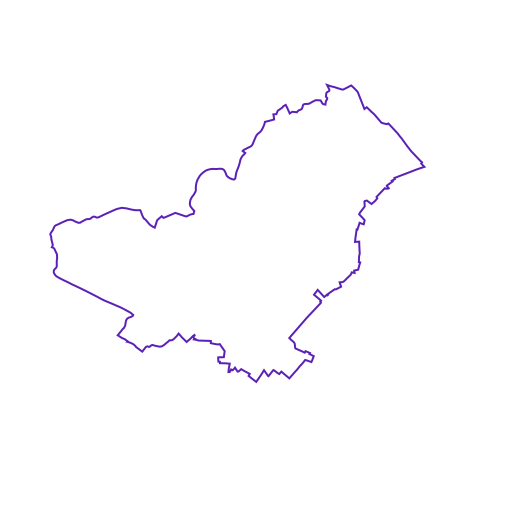 An Thi, Hưng Yên, Vietnam, rotated 245°
{"feature_id": "81297802B29202402001629", "entity_name": "An Thi", "entity_type": "district", "adm_level": 2, "iso_a3": "VNM", "parent_name": "Vietnam", "parent_adm1": "Hưng Yên", "projection": "orthographic", "projection_center": [106.109, 20.813], "detail": "fine", "context": "isolated", "style": "outline", "palette": "violet", "viewbox_px": 512, "rotation_deg": 245, "n_neighbors": 0, "source": "geoboundaries", "source_scale": "gbopen_adm2", "svg_char_len": 6114}
<svg xmlns="http://www.w3.org/2000/svg" viewBox="0 0 512 512"><g transform="rotate(245 256 256)"><path d="M350.2,74.7L349.5,75.4L348.9,75.9L347.8,76.3L342.0,76.3L340.8,76.0L338.0,74.8L335.7,73.3L331.1,71.2L330.3,70.6L329.8,69.9L329.5,69.1L329.2,68.1L328.7,67.2L327.9,66.4L326.9,65.9L325.9,65.7L324.9,65.8L324.0,65.9L322.7,66.2L321.6,66.8L320.2,67.7L318.7,68.8L314.9,71.8L312.5,73.8L307.3,77.9L301.7,82.6L293.2,89.4L285.7,95.2L282.3,97.7L281.0,98.8L279.6,99.9L272.0,106.8L269.8,108.7L266.6,111.6L258.4,117.8L256.9,118.7L254.4,119.8L253.7,118.8L253.6,117.1L253.9,114.4L253.6,112.6L252.8,111.4L252.0,110.6L248.3,108.1L247.0,106.5L246.5,105.7L246.4,105.0L242.6,97.2L238.4,99.8L236.2,101.8L233.0,103.6L232.7,103.0L231.7,104.2L230.6,105.3L229.2,106.6L227.6,107.7L225.6,108.6L224.3,108.8L217.4,112.5L220.1,117.8L220.1,118.9L219.9,119.6L219.1,120.2L218.8,120.6L218.7,121.2L219.2,122.9L219.2,124.4L218.7,125.1L217.7,126.1L216.4,127.8L214.5,130.4L213.9,132.5L214.3,135.5L214.9,137.5L215.6,140.5L216.1,141.7L216.1,142.2L215.7,142.8L215.2,144.4L215.3,145.5L215.5,146.4L216.9,150.3L218.4,153.1L216.7,153.6L213.5,154.5L207.4,156.8L207.7,157.7L208.6,161.2L210.1,165.0L210.4,166.8L209.9,166.8L209.4,165.0L207.2,165.0L206.8,165.5L206.5,164.7L205.9,165.6L203.6,168.3L198.4,178.6L198.0,179.2L197.0,178.7L196.1,178.2L193.4,181.8L192.3,183.5L191.8,184.5L191.6,185.1L191.5,185.9L183.0,187.4L177.9,184.1L178.5,182.6L179.6,180.3L180.1,178.9L178.6,178.2L176.2,177.3L175.4,178.6L174.1,178.0L172.2,181.9L170.9,184.3L169.5,186.7L165.4,183.7L162.4,182.0L162.0,183.1L162.4,184.0L163.7,185.5L162.4,186.5L162.8,188.0L163.7,189.8L159.1,190.4L158.7,191.4L159.0,192.5L159.7,194.8L157.0,196.6L151.8,200.5L150.4,198.6L141.8,203.0L146.0,210.2L149.1,215.0L142.4,216.2L141.8,216.5L144.3,221.5L145.3,223.6L144.5,224.2L140.6,226.2L139.2,227.2L140.5,230.1L131.0,234.5L134.3,241.9L135.5,244.9L137.7,249.3L138.4,251.2L139.5,253.7L141.0,256.7L136.5,261.4L137.4,262.5L140.8,266.0L144.7,263.0L145.3,263.9L148.8,260.7L147.8,259.3L150.0,257.5L155.3,252.9L155.9,252.6L160.1,254.0L161.4,254.0L162.3,253.7L165.6,252.2L167.6,251.5L178.5,275.9L186.1,295.0L186.4,295.2L186.6,295.2L187.4,294.9L188.0,296.1L190.3,295.1L196.4,292.2L199.2,297.6L190.0,300.5L190.9,303.9L190.2,304.1L190.4,304.9L191.1,304.8L192.6,313.3L192.0,314.2L192.2,320.2L194.8,320.4L196.8,320.7L195.8,323.3L195.8,324.2L196.0,325.4L198.0,330.9L198.7,333.1L199.1,334.0L199.7,334.8L200.7,335.9L199.0,338.2L201.3,338.8L200.4,342.8L203.8,345.6L206.1,347.7L206.9,346.6L210.8,348.6L212.2,349.3L214.3,351.0L221.0,353.7L225.4,355.6L226.9,351.7L230.1,353.6L236.7,357.9L237.5,358.4L237.0,359.0L239.5,361.4L242.3,363.9L240.8,365.3L239.2,367.0L242.5,369.6L246.1,368.5L250.2,367.1L250.6,367.5L251.5,368.8L254.9,375.4L257.7,376.6L259.4,377.2L259.8,377.7L259.4,379.9L254.3,382.7L255.5,387.1L257.0,390.3L258.6,390.2L263.0,401.4L262.5,401.8L262.1,402.1L261.9,402.6L261.3,404.0L261.2,404.9L261.6,404.9L262.1,404.8L263.3,404.3L264.3,404.1L264.5,404.3L265.8,411.2L266.8,410.9L267.0,414.3L268.2,414.4L266.9,432.5L266.6,437.4L266.1,442.5L265.6,446.3L269.9,444.8L270.7,446.1L272.7,445.2L285.4,440.9L291.5,439.5L301.4,437.6L303.4,437.0L307.2,436.2L318.0,432.7L320.2,431.9L320.2,430.7L320.2,430.4L320.4,430.0L322.4,427.5L323.8,426.0L332.5,423.6L334.8,422.9L338.3,421.4L341.8,420.1L344.0,419.2L343.4,416.4L361.4,417.5L363.2,417.1L367.6,415.5L370.3,414.4L370.3,413.2L370.1,409.5L370.0,405.6L370.2,404.9L370.8,404.0L376.1,398.2L378.5,395.2L381.0,392.7L375.9,392.8L375.1,392.5L374.7,392.1L374.6,391.8L374.4,389.4L374.0,388.8L373.6,388.4L372.9,387.9L371.3,387.1L370.8,386.7L369.0,387.3L367.9,386.6L367.0,385.0L364.5,383.2L363.9,382.9L364.8,381.6L365.2,381.2L365.6,380.9L366.3,380.6L369.7,380.3L371.4,377.2L371.9,376.0L372.0,375.3L372.0,374.1L371.8,371.0L371.6,368.9L371.7,368.2L371.9,367.4L373.0,364.8L373.2,363.7L373.2,362.9L373.1,362.7L372.7,362.2L371.1,360.9L370.7,360.5L370.2,360.0L369.9,359.4L369.8,358.8L369.9,356.4L369.8,355.7L369.4,354.5L369.2,354.0L369.0,353.7L370.0,352.2L371.2,350.1L371.4,349.5L370.9,346.8L377.1,346.9L380.4,346.8L380.2,344.3L379.9,343.5L379.5,342.8L379.3,342.2L378.8,339.1L378.5,337.3L378.1,336.7L376.0,334.4L377.0,331.6L374.4,330.9L372.1,330.1L372.5,327.6L373.1,324.2L373.8,320.8L372.6,319.9L371.3,318.7L369.1,316.2L367.5,314.0L366.9,312.7L366.5,311.6L366.0,309.4L365.2,307.6L364.2,306.2L360.4,302.0L359.3,300.8L358.4,299.8L357.9,298.7L357.6,298.0L357.5,297.1L357.5,295.2L357.3,290.0L357.2,289.2L356.8,288.3L353.9,289.8L353.4,288.9L352.7,286.8L352.0,285.3L351.0,283.9L350.1,282.8L346.7,280.1L344.1,277.7L341.0,274.4L340.0,273.5L339.1,272.8L335.9,270.6L335.1,270.0L334.7,269.3L334.6,268.7L334.6,268.3L335.7,266.9L337.5,265.2L338.9,264.3L340.4,263.6L341.2,263.4L342.1,263.4L344.4,263.6L346.6,263.5L347.6,263.3L348.3,262.9L349.0,262.3L349.5,261.7L350.4,260.1L351.2,257.8L351.8,256.3L353.1,253.9L353.8,252.1L354.3,249.9L354.6,247.8L354.5,245.9L354.1,243.7L353.4,241.3L352.7,239.6L352.2,238.6L349.8,235.2L347.9,233.3L346.9,232.5L344.6,231.0L342.7,230.0L341.5,229.5L340.6,229.0L339.8,228.2L337.9,225.6L336.5,222.8L335.5,221.5L334.7,220.4L333.7,219.7L332.7,218.9L331.6,218.3L330.4,217.8L329.5,217.7L328.7,217.6L326.7,218.0L325.5,218.3L322.8,219.1L322.4,218.7L321.0,217.6L320.5,217.1L320.9,216.0L321.3,214.1L321.2,210.3L321.3,209.5L322.1,208.5L329.1,201.2L329.2,200.3L329.5,190.0L329.7,188.2L331.9,187.4L330.3,181.8L329.5,180.8L328.4,179.9L324.5,176.2L326.1,174.9L328.8,173.2L330.6,172.6L335.1,171.4L336.4,170.9L337.0,170.4L337.7,170.2L339.2,170.1L341.2,170.1L345.5,170.5L346.5,170.4L347.9,167.2L348.6,165.8L350.9,162.5L354.0,158.6L356.4,154.7L357.4,149.9L357.5,148.1L357.6,145.6L357.6,143.1L357.7,135.6L357.6,130.5L357.7,129.1L358.0,128.2L358.5,127.5L359.4,126.8L360.0,126.1L360.4,125.2L360.4,124.2L360.2,123.1L359.9,122.2L359.8,121.0L360.1,120.1L360.6,119.0L361.0,117.7L360.8,113.1L360.5,110.6L361.2,109.0L363.8,106.6L365.6,105.3L367.1,103.6L367.8,101.8L368.3,99.6L368.3,96.9L368.4,93.7L368.3,91.0L368.4,87.4L368.2,86.3L367.4,85.2L365.4,82.9L363.7,80.0L362.9,78.9L361.8,78.6L360.7,78.6L359.1,78.2L357.6,77.6L352.4,76.6L351.6,76.3L350.8,75.5L350.2,74.7Z" fill="none" stroke="#5b21b6" stroke-width="2"/></g></svg>